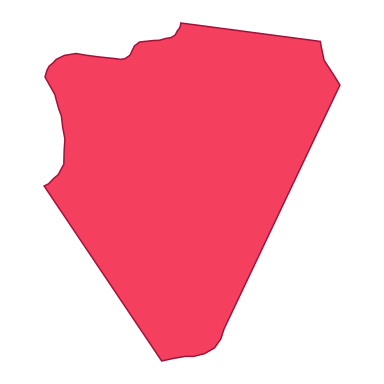 outline of Bongalo, Choiseul, Saint Lucia
{"feature_id": "8701671B48752097884677", "entity_name": "Bongalo", "entity_type": "district", "adm_level": 2, "iso_a3": "LCA", "parent_name": "Saint Lucia", "parent_adm1": "Choiseul", "projection": "orthographic", "projection_center": [-61.031, 13.766], "detail": "fine", "context": "isolated", "style": "filled", "palette": "rose", "viewbox_px": 384, "rotation_deg": 0, "n_neighbors": 0, "source": "geoboundaries", "source_scale": "gbopen_adm2", "svg_char_len": 679}
<svg xmlns="http://www.w3.org/2000/svg" viewBox="0 0 384 384"><path d="M44.1,186.0L161.7,361.0L174.0,358.3L185.4,356.4L193.6,356.4L204.4,353.7L214.5,347.9L220.9,338.8L224.0,329.0L339.9,85.1L334.3,75.9L324.1,60.3L321.6,48.5L320.3,41.4L180.8,23.0L180.8,23.8L179.8,27.6L177.3,31.0L175.2,35.0L171.0,37.6L165.9,38.4L159.3,40.3L153.5,40.5L139.5,42.0L134.3,46.1L130.0,55.2L125.1,58.6L120.6,59.4L115.3,58.6L98.8,56.9L86.0,55.2L75.9,53.5L64.4,55.4L56.2,59.4L52.9,63.0L49.1,66.2L46.9,70.4L45.0,77.0L55.0,94.8L55.5,97.2L58.8,109.1L61.3,115.6L62.7,127.3L64.9,139.0L64.2,149.8L63.8,164.2L58.1,174.8L54.2,178.0L48.4,183.9L44.1,186.0Z" fill="#f43f5e" stroke="#9f1239" stroke-width="1.5"/></svg>